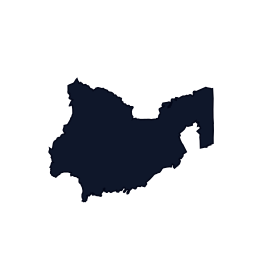 the district of Phong Dien, Thừa Thiên - Huế, Vietnam, rotated 43°
{"feature_id": "81297802B35670860897871", "entity_name": "Phong Dien", "entity_type": "district", "adm_level": 2, "iso_a3": "VNM", "parent_name": "Vietnam", "parent_adm1": "Thừa Thiên - Huế", "projection": "equal_earth", "projection_center": [107.309, 16.544], "detail": "fine", "context": "isolated", "style": "filled", "palette": "ink", "viewbox_px": 256, "rotation_deg": 43, "n_neighbors": 0, "source": "geoboundaries", "source_scale": "gbopen_adm2", "svg_char_len": 5893}
<svg xmlns="http://www.w3.org/2000/svg" viewBox="0 0 256 256"><g transform="rotate(43 128 128)"><path d="M144.3,212.4L144.7,212.2L145.5,212.2L145.7,211.6L146.8,211.0L146.9,210.5L146.7,209.6L146.9,209.0L146.8,208.7L146.1,208.6L145.9,208.1L146.0,207.6L145.8,207.0L144.8,205.8L144.1,205.4L144.2,205.1L144.3,205.0L145.1,204.8L145.1,204.0L145.8,203.9L145.7,203.1L146.1,201.9L145.9,201.6L145.3,201.4L145.4,200.9L146.3,200.6L146.3,200.0L146.6,199.6L147.0,199.5L147.4,199.9L147.6,200.7L147.9,201.0L148.1,200.9L148.3,200.3L148.1,199.9L148.3,199.3L149.3,199.5L149.9,198.9L150.7,199.0L151.5,198.2L152.2,197.9L152.3,197.4L154.0,196.8L154.7,196.3L154.7,195.8L154.4,195.2L154.0,195.2L153.7,195.6L153.2,195.4L152.8,193.4L152.8,190.4L152.5,189.6L151.8,189.5L151.6,189.3L151.7,188.4L152.1,188.1L152.6,188.9L153.7,189.9L154.6,190.1L155.3,189.4L156.0,189.7L156.3,189.5L156.6,189.1L156.7,187.4L157.0,186.8L157.3,186.8L157.8,187.0L159.2,186.8L159.4,186.6L160.5,183.6L161.1,183.1L162.2,181.3L163.1,181.6L163.1,182.1L163.5,182.2L164.7,181.2L164.4,179.6L164.9,178.6L165.5,178.4L165.8,177.8L165.4,175.1L165.5,174.3L165.7,174.1L167.0,174.0L168.2,174.9L168.0,175.9L168.1,177.3L168.5,177.8L169.0,177.7L169.2,176.8L169.2,175.9L168.8,175.2L169.2,173.7L169.7,173.1L170.3,173.0L170.9,173.5L171.3,175.6L171.7,176.3L172.3,176.6L172.8,175.7L172.7,174.9L171.8,173.0L171.7,172.5L172.0,168.7L172.5,168.3L174.1,167.9L174.7,167.6L175.0,166.9L174.4,164.8L174.9,163.9L175.3,163.4L176.8,162.4L176.9,162.2L177.0,161.2L177.4,160.5L178.3,160.4L179.8,159.6L180.1,159.4L180.1,159.0L179.7,156.3L178.2,155.7L178.7,150.5L178.7,146.1L178.6,145.5L178.7,143.6L179.7,141.7L179.8,141.2L180.4,139.9L181.1,138.9L181.2,138.3L180.9,135.9L180.6,135.1L180.6,133.6L180.8,133.0L183.0,129.9L184.7,127.9L185.5,127.3L186.0,127.1L185.0,124.5L185.2,124.1L185.9,124.1L186.6,123.7L187.1,124.1L187.7,125.4L189.3,125.6L189.5,124.2L189.5,122.7L190.0,121.6L189.8,121.4L189.6,120.6L189.9,120.1L189.9,119.3L189.8,119.0L189.3,118.6L189.5,118.3L188.7,116.6L188.2,116.5L187.4,115.9L186.7,115.9L186.6,115.5L186.6,114.7L187.6,114.0L187.3,111.2L185.9,109.3L186.6,107.2L186.9,105.7L179.2,102.9L177.7,102.7L174.3,101.3L170.9,99.4L171.4,98.1L169.1,96.9L169.7,92.9L169.8,90.4L168.9,86.5L170.6,85.8L173.0,82.0L172.0,81.2L171.7,80.7L171.8,80.1L172.4,78.8L172.6,76.5L172.7,76.3L173.2,76.9L173.6,77.1L175.4,77.0L175.1,76.0L175.9,75.6L176.4,76.5L177.0,78.1L177.7,79.1L178.3,77.5L179.0,78.1L179.2,77.8L179.9,77.9L181.3,78.8L180.8,83.2L185.2,83.3L187.0,85.7L189.5,87.9L194.6,93.1L198.0,88.2L198.3,88.6L198.6,88.2L198.0,87.6L198.5,86.6L198.2,86.3L199.9,83.8L199.4,83.3L200.6,81.2L196.8,77.2L192.1,71.8L187.8,67.4L187.3,66.7L183.0,62.6L177.2,56.5L170.0,48.5L163.0,41.7L162.5,42.5L161.6,42.8L158.7,44.7L157.3,45.3L152.8,55.7L152.6,56.0L152.2,55.6L151.8,56.4L151.5,56.1L151.2,56.6L151.8,57.8L152.3,57.6L153.2,58.6L153.1,59.1L153.5,59.4L153.5,60.7L152.6,61.0L151.4,60.9L150.6,61.6L149.9,63.5L148.7,64.2L148.0,65.9L147.5,66.4L146.5,67.2L146.1,68.4L145.7,69.2L145.4,70.8L144.6,72.0L143.6,72.2L142.3,73.2L142.5,73.8L143.2,73.9L143.6,73.7L144.4,74.8L143.6,75.4L142.1,75.3L141.1,76.5L140.5,76.7L140.5,77.6L141.5,79.0L142.2,78.9L142.7,79.3L142.7,79.8L143.9,81.9L144.0,83.1L144.4,84.2L143.9,84.6L143.9,85.0L143.5,85.5L143.4,85.2L142.9,85.1L142.7,84.3L142.7,82.6L141.9,80.7L141.7,80.5L141.4,80.8L140.3,81.1L139.5,82.5L136.7,86.0L137.2,87.6L137.6,88.1L138.0,88.3L138.6,88.1L139.8,86.6L139.5,88.0L138.0,92.2L138.0,92.8L138.6,93.4L141.2,94.7L141.9,95.8L142.1,97.6L143.8,100.1L142.7,101.6L143.0,102.0L141.0,104.1L139.5,106.0L137.6,107.4L131.3,113.5L129.5,114.6L128.3,115.9L127.2,115.6L126.6,116.5L125.4,118.1L125.3,118.5L124.8,117.8L124.4,117.5L123.7,116.5L121.7,116.1L119.0,113.7L117.9,111.7L117.8,110.4L117.7,109.7L117.0,109.3L115.6,110.4L114.9,111.3L113.5,110.9L112.7,111.5L112.5,112.3L112.4,112.4L111.5,112.6L109.8,112.3L108.6,113.2L107.9,113.5L106.3,112.6L105.8,113.1L105.3,112.8L104.3,112.7L103.5,111.9L103.1,111.1L102.6,111.0L101.6,111.5L100.8,111.6L100.2,112.3L98.9,112.8L96.6,112.4L96.1,112.7L95.3,113.8L94.9,113.7L94.2,113.1L92.7,113.1L91.3,113.5L90.3,114.3L88.4,115.2L87.4,114.6L84.2,116.0L83.1,115.9L81.8,117.4L80.4,118.0L78.6,119.0L77.5,120.8L77.8,121.8L77.1,123.3L77.0,124.5L74.9,124.2L74.2,124.7L73.2,125.0L70.5,124.3L69.0,125.2L67.5,125.1L65.8,127.2L64.3,126.9L63.6,126.9L63.2,127.2L62.4,127.0L62.1,128.2L61.7,128.7L60.9,128.2L59.0,127.8L57.1,126.8L57.1,128.0L57.8,131.3L57.7,132.6L55.8,136.6L55.4,137.9L56.5,139.0L58.6,141.2L59.6,142.6L60.7,143.2L61.3,142.5L61.7,142.5L62.2,143.4L63.6,143.7L64.1,144.6L64.3,145.8L64.6,146.2L65.1,146.3L66.1,146.1L67.1,145.3L67.4,145.4L68.5,145.1L68.6,145.6L68.3,146.7L68.5,147.4L69.4,149.9L69.8,151.4L70.0,151.6L70.4,151.0L71.1,149.3L71.5,149.2L72.2,149.6L74.7,151.6L78.0,155.0L78.5,156.5L79.0,157.4L79.3,157.6L79.6,159.8L80.3,161.0L81.5,166.0L81.4,167.2L79.7,169.7L80.7,170.8L81.9,173.4L82.4,173.9L84.0,174.5L85.2,174.3L85.6,175.2L85.6,176.0L84.8,176.8L84.2,178.5L84.4,179.4L84.9,180.3L84.7,181.2L84.3,181.9L83.7,182.5L83.3,183.5L83.4,184.0L83.9,185.1L83.9,185.7L83.3,188.0L83.9,189.9L86.8,194.2L87.0,194.7L87.0,195.1L86.1,196.0L84.5,196.2L85.4,196.9L86.5,199.2L87.0,199.6L89.6,199.9L91.1,200.3L91.7,200.9L91.8,201.7L92.0,201.9L93.1,202.1L95.3,203.8L96.0,204.1L96.7,204.1L96.0,205.3L96.3,206.2L97.2,207.6L97.9,209.9L99.2,209.8L99.8,210.1L99.9,211.0L100.8,211.6L101.3,212.7L101.8,213.3L102.4,213.8L103.6,213.7L104.0,214.2L104.7,214.3L106.0,213.9L106.6,213.9L107.6,213.2L108.4,213.3L108.6,213.1L108.8,212.4L108.7,211.1L109.2,209.0L109.5,208.3L109.2,207.6L109.4,206.4L111.0,203.7L114.0,200.9L117.0,199.4L118.1,201.2L118.8,201.7L119.8,200.2L120.2,200.0L120.8,200.0L121.8,199.7L123.9,198.2L124.7,198.6L126.0,198.0L126.9,198.2L128.8,200.5L129.6,201.0L130.3,201.1L131.1,200.5L131.9,201.1L135.2,202.4L137.7,204.2L139.0,205.6L139.8,207.8L141.3,209.5L142.4,210.3L143.4,210.4L143.9,210.9L144.3,212.4Z" fill="#0f172a" stroke="#020617" stroke-width="1.5"/></g></svg>